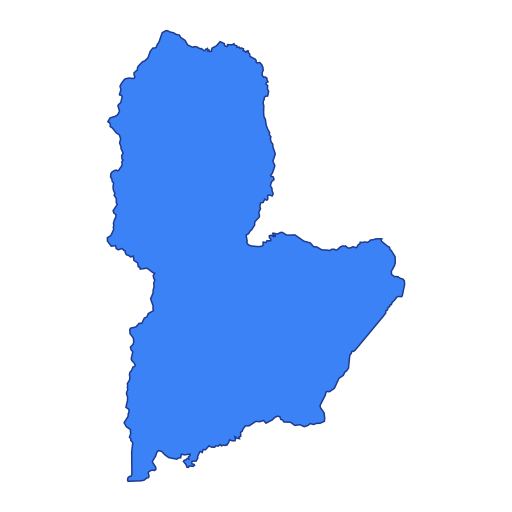 Kon Ray, Kon Tum, Vietnam (Robinson projection)
{"feature_id": "81297802B49611781778497", "entity_name": "Kon Ray", "entity_type": "district", "adm_level": 2, "iso_a3": "VNM", "parent_name": "Vietnam", "parent_adm1": "Kon Tum", "projection": "robinson", "projection_center": [108.184, 14.55], "detail": "fine", "context": "isolated", "style": "filled", "palette": "blue", "viewbox_px": 512, "rotation_deg": 0, "n_neighbors": 0, "source": "geoboundaries", "source_scale": "gbopen_adm2", "svg_char_len": 6030}
<svg xmlns="http://www.w3.org/2000/svg" viewBox="0 0 512 512"><path d="M266.0,423.2L272.3,419.9L274.7,417.5L277.5,416.1L279.9,416.8L280.8,419.4L282.3,419.8L284.0,422.0L290.4,422.2L294.8,425.4L300.0,424.7L304.2,426.7L307.6,425.6L310.2,423.6L313.6,424.5L316.4,423.4L320.2,423.2L324.4,421.3L324.7,418.0L324.1,412.9L320.5,407.7L320.0,405.5L325.3,395.2L326.0,392.1L327.0,391.5L329.5,391.7L334.4,388.3L339.0,378.3L343.3,375.4L344.8,372.1L346.5,371.0L348.5,368.1L349.8,355.2L351.2,353.5L351.9,351.4L353.5,351.3L355.0,350.3L383.4,316.1L385.6,313.2L386.0,310.6L387.5,309.9L388.1,307.4L389.6,306.7L389.9,305.0L391.4,304.6L392.0,302.7L395.7,298.8L396.4,297.3L398.3,296.5L401.4,296.7L402.2,296.0L404.6,284.6L404.4,281.0L403.1,279.2L399.5,278.0L398.0,276.7L394.3,276.5L391.6,274.5L391.3,271.4L394.5,265.6L395.3,262.8L395.1,256.7L391.3,250.6L389.8,249.2L389.5,247.1L387.6,246.3L381.5,241.2L381.2,240.1L381.8,238.8L375.9,238.8L373.2,239.8L370.5,240.0L369.2,241.4L367.5,242.4L364.4,241.9L363.0,242.5L360.2,242.2L359.8,243.9L358.3,244.6L356.6,247.7L352.6,246.7L350.6,247.9L348.0,248.0L345.4,245.9L344.9,246.3L342.8,245.9L340.5,246.8L337.0,249.9L335.8,250.0L334.1,249.2L331.6,249.3L329.6,250.7L328.0,250.1L321.8,249.9L317.0,247.0L313.5,246.6L310.3,242.9L303.8,241.1L294.9,234.9L286.9,235.2L282.3,232.4L280.7,232.4L277.3,234.0L273.0,233.1L272.7,233.7L273.4,235.0L275.3,235.6L275.2,236.4L273.5,236.6L271.3,235.2L269.3,235.7L269.4,237.6L270.9,239.4L270.7,240.8L267.0,240.7L266.0,242.5L263.1,242.1L263.2,244.8L261.8,246.3L258.0,246.6L251.5,246.0L248.4,244.9L246.7,242.5L247.2,241.2L246.1,235.2L248.6,233.6L250.1,231.1L251.7,229.7L254.6,225.1L254.8,221.8L259.3,217.0L259.5,215.9L258.8,212.2L260.5,208.7L259.9,206.6L260.5,202.9L263.1,202.5L264.8,199.1L266.6,200.2L267.2,199.9L267.8,199.1L267.7,195.6L269.2,194.9L272.2,196.0L273.2,193.8L272.1,190.7L271.9,188.1L270.4,186.0L271.0,183.3L272.1,181.1L273.9,179.8L273.9,178.6L273.0,176.7L271.1,176.4L270.6,175.5L272.4,173.1L274.7,166.4L274.7,165.2L272.9,161.3L275.3,154.0L273.0,147.2L272.7,144.0L271.1,142.0L270.4,138.8L270.9,136.7L269.5,135.1L269.5,132.3L267.8,129.6L266.1,124.9L265.4,119.5L263.9,116.4L263.6,112.4L263.8,105.7L263.1,103.2L263.4,101.1L264.2,99.3L264.3,97.4L265.5,96.3L267.7,96.0L268.6,91.4L267.4,88.7L267.7,85.7L265.9,84.0L266.2,82.7L268.0,81.8L266.9,79.8L267.0,78.3L265.3,77.0L263.5,77.1L262.2,75.3L262.1,72.9L263.2,70.3L262.9,67.3L261.7,64.6L259.8,62.5L257.0,62.9L256.2,62.1L256.1,60.5L255.4,59.3L250.0,56.4L249.7,54.1L248.2,52.3L248.4,51.0L247.2,50.8L245.8,52.3L244.5,50.9L243.2,50.7L243.5,48.8L241.3,47.9L239.9,48.4L239.2,47.1L236.9,47.4L236.9,45.9L234.3,44.9L233.9,43.7L232.1,44.8L227.5,44.6L227.5,46.3L226.5,46.5L224.5,45.6L224.3,43.6L220.1,41.6L216.5,45.8L212.1,48.1L211.5,49.7L211.6,51.3L209.2,51.5L209.1,50.3L207.9,50.9L208.1,49.7L207.4,48.5L206.8,49.2L205.8,49.1L205.1,50.6L204.1,50.6L201.3,48.5L200.2,48.8L196.8,46.9L194.6,46.6L192.5,47.2L187.7,45.0L185.1,40.4L180.7,37.5L179.4,35.1L176.0,34.3L173.8,32.9L169.4,31.8L167.7,30.7L165.8,30.7L162.2,32.7L158.9,42.3L157.4,44.3L156.3,47.1L155.2,47.9L152.8,48.1L150.1,51.6L148.1,57.6L145.0,60.7L142.4,61.9L138.3,66.1L137.6,67.4L137.3,69.9L134.0,72.8L134.1,75.2L134.8,76.6L134.5,78.0L133.2,78.5L129.0,78.0L125.7,78.7L124.4,79.4L121.4,83.4L120.0,86.2L121.0,89.7L119.4,94.6L119.8,95.1L121.6,95.3L122.1,97.0L120.7,102.7L118.5,104.6L117.9,105.8L119.5,111.2L117.6,114.8L115.2,116.3L110.1,117.9L107.9,121.5L108.1,122.1L109.3,122.5L110.3,124.3L110.2,126.6L112.4,128.0L116.2,132.8L119.4,134.9L120.6,138.8L119.6,143.1L121.0,146.6L121.0,148.6L123.1,153.0L121.7,155.6L122.0,158.9L123.0,160.0L121.7,162.0L122.2,163.3L121.9,165.6L118.7,170.2L117.6,170.9L116.2,170.1L114.7,170.4L112.1,171.9L110.8,173.8L110.6,177.2L111.7,178.7L112.3,181.7L113.6,182.7L113.0,186.9L113.4,190.1L114.9,193.3L114.1,195.3L116.3,198.5L116.3,202.8L117.3,204.4L113.1,210.7L113.8,213.0L115.9,214.6L115.9,216.9L114.5,219.6L113.4,223.4L113.8,225.4L113.3,227.4L113.7,229.4L111.2,234.9L109.6,236.5L107.4,237.6L107.4,241.0L111.3,246.2L115.6,245.7L116.2,248.5L118.2,249.8L122.2,248.5L123.6,250.2L125.3,251.1L125.2,252.6L126.5,254.8L128.8,255.5L130.5,257.0L133.3,256.1L133.9,260.4L137.7,263.0L138.2,266.7L139.8,267.4L140.2,269.1L147.1,268.2L153.0,272.7L154.8,273.2L153.2,275.6L153.8,278.5L154.9,279.9L153.7,283.0L154.1,286.6L153.2,289.9L153.0,293.2L150.6,298.8L153.2,306.2L152.9,308.2L153.4,310.7L148.3,313.5L147.0,316.8L144.3,318.1L141.8,323.3L139.2,323.3L135.8,327.0L130.8,328.1L129.8,329.3L130.0,333.7L133.2,337.8L133.8,341.8L133.0,344.4L130.4,347.1L131.1,349.8L132.8,351.8L131.2,358.8L131.9,360.7L133.9,362.7L135.3,365.4L134.6,366.4L133.0,367.0L131.3,370.9L130.0,372.1L129.4,374.8L129.9,376.8L129.6,379.8L127.3,383.7L127.7,385.7L127.3,387.6L127.8,389.1L126.4,393.4L127.6,397.0L127.5,400.4L125.9,407.3L128.8,409.4L129.1,411.4L128.3,413.6L128.0,416.5L124.1,422.7L126.4,426.8L130.5,429.6L130.4,432.0L130.8,433.4L129.4,437.2L130.8,438.7L130.8,440.5L132.3,441.9L132.7,443.2L131.7,452.0L131.9,474.6L131.0,476.2L129.5,476.4L128.0,477.7L127.5,480.0L128.1,481.3L141.2,480.8L144.0,480.2L147.1,477.8L148.6,477.6L149.0,476.0L148.2,472.9L148.9,471.6L151.8,470.1L154.7,470.5L156.0,469.1L155.6,467.0L152.9,462.9L152.4,461.3L155.6,456.2L156.6,452.8L158.3,450.6L161.5,451.3L165.3,455.2L168.8,457.6L176.8,459.2L178.5,457.9L180.7,457.8L181.3,454.2L184.6,454.9L190.0,454.0L190.1,455.3L188.4,457.0L189.0,458.9L187.1,458.5L186.1,459.8L184.3,460.2L183.4,461.4L186.1,464.7L186.9,467.2L188.4,467.4L189.5,465.9L193.1,466.4L194.6,465.2L194.0,464.3L192.0,463.9L191.7,462.8L192.2,461.2L196.0,461.2L197.7,458.3L197.7,456.2L199.9,451.7L200.6,451.5L202.2,452.5L203.2,449.6L205.6,449.7L208.9,445.9L211.4,447.1L214.6,447.3L215.6,445.9L218.6,446.0L220.0,444.5L220.7,444.7L221.4,445.9L223.4,445.1L225.0,445.5L226.0,444.7L226.8,445.2L228.6,442.6L229.5,439.8L232.1,440.8L235.0,440.8L235.5,439.2L234.9,436.7L236.8,438.1L239.5,438.7L239.0,436.9L240.7,436.4L240.6,432.4L242.2,431.2L243.1,428.9L245.4,425.9L249.2,425.8L255.8,421.4L259.8,421.7L263.5,420.5L266.0,423.2Z" fill="#3b82f6" stroke="#1e3a8a" stroke-width="1.5"/></svg>